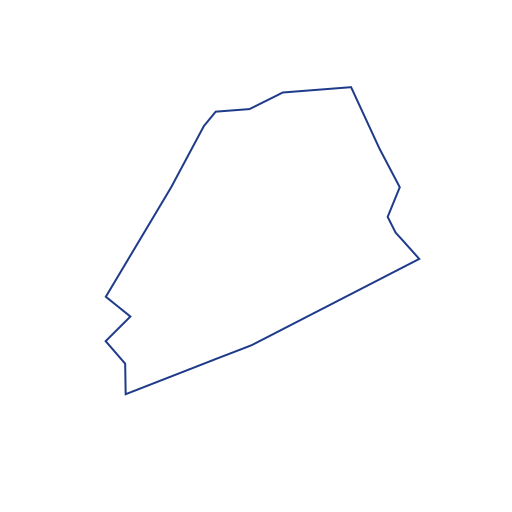 outline of Spencer, Kentucky, United States of America, rotated 131°
{"feature_id": "52423323B77843933452761", "entity_name": "Spencer", "entity_type": "district", "adm_level": 2, "iso_a3": "USA", "parent_name": "United States of America", "parent_adm1": "Kentucky", "projection": "equal_earth", "projection_center": [-85.343, 38.044], "detail": "fine", "context": "isolated", "style": "outline", "palette": "blue", "viewbox_px": 512, "rotation_deg": 131, "n_neighbors": 0, "source": "geoboundaries", "source_scale": "gbopen_adm2", "svg_char_len": 415}
<svg xmlns="http://www.w3.org/2000/svg" viewBox="0 0 512 512"><g transform="rotate(131 256 256)"><path d="M146.8,165.9L140.1,182.3L109.8,192.6L93.9,233.4L66.2,295.0L91.5,319.9L115.1,343.1L149.4,357.3L173.5,381.1L192.1,380.6L259.9,365.1L385.3,342.6L384.1,311.1L418.9,313.6L423.1,284.1L445.8,263.7L359.4,218.4L326.2,200.8L151.1,130.9L147.8,157.0L146.8,165.9Z" fill="none" stroke="#1e3a8a" stroke-width="2"/></g></svg>